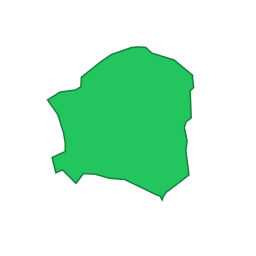 SVG path tracing the border of Moravske Toplice, rotated 136°
{"feature_id": "SVN-1044", "entity_name": "Moravske Toplice", "entity_type": "Municipality", "adm_level": 1, "iso_a3": "SVN", "parent_name": "Slovenia", "parent_adm1": "", "projection": "equal_earth", "projection_center": [16.276, 46.713], "detail": "fine", "context": "isolated", "style": "filled", "palette": "green", "viewbox_px": 256, "rotation_deg": 136, "n_neighbors": 0, "source": "natural_earth", "source_scale": "10m", "svg_char_len": 659}
<svg xmlns="http://www.w3.org/2000/svg" viewBox="0 0 256 256"><g transform="rotate(136 128 128)"><path d="M153.4,52.5L152.2,56.6L154.2,60.8L166.2,93.3L176.2,104.6L183.7,117.6L191.8,126.2L203.9,124.3L204.2,143.3L211.1,145.9L209.8,148.0L203.1,159.5L199.1,158.1L189.5,154.7L183.8,160.5L177.8,169.1L169.1,186.5L166.4,204.1L152.0,201.1L139.4,191.9L133.2,190.4L126.3,196.9L102.0,194.6L88.9,192.4L69.4,183.4L64.6,179.5L59.3,173.7L58.9,165.4L47.6,144.9L44.9,121.1L47.3,118.6L52.5,111.6L57.6,111.4L75.5,91.4L81.9,92.1L87.1,89.3L94.4,77.7L101.9,71.8L116.8,51.9L145.5,55.2L150.6,54.0L152.7,52.8L153.4,52.5Z" fill="#22c55e" stroke="#15803d" stroke-width="1.5"/></g></svg>